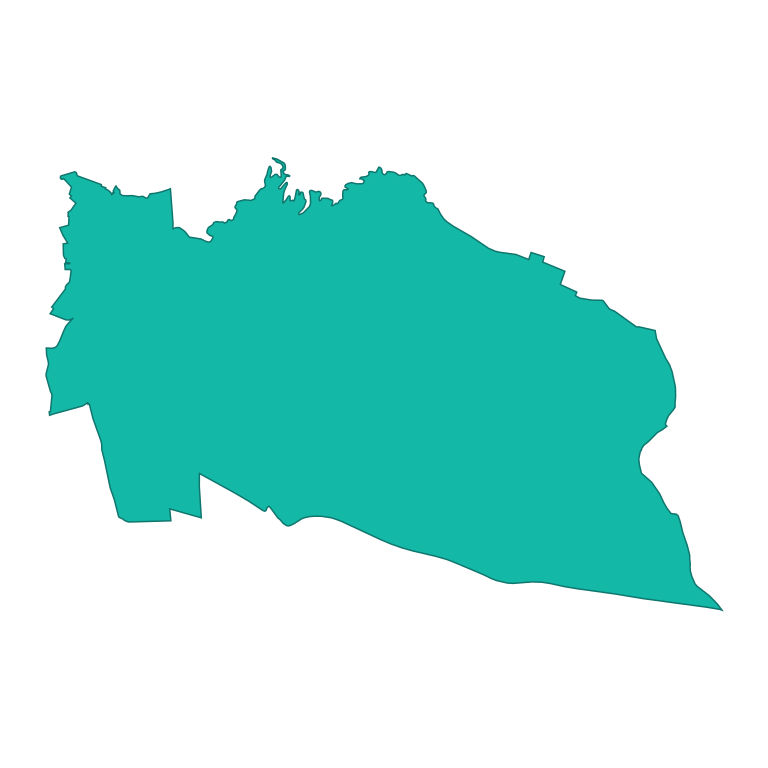 Al Khalifa, Al Qahirah, Egypt (orthographic projection)
{"feature_id": "37247803B15392203431980", "entity_name": "Al Khalifa", "entity_type": "district", "adm_level": 2, "iso_a3": "EGY", "parent_name": "Egypt", "parent_adm1": "Al Qahirah", "projection": "orthographic", "projection_center": [31.287, 30.01], "detail": "fine", "context": "isolated", "style": "filled", "palette": "teal", "viewbox_px": 768, "rotation_deg": 0, "n_neighbors": 0, "source": "geoboundaries", "source_scale": "gbopen_adm2", "svg_char_len": 6054}
<svg xmlns="http://www.w3.org/2000/svg" viewBox="0 0 768 768"><path d="M74.9,171.8L61.1,175.9L60.6,176.3L60.3,177.5L60.7,178.6L61.6,179.3L62.7,179.2L63.6,178.5L71.5,187.1L69.3,194.0L71.4,196.2L69.9,197.9L75.9,203.2L71.0,210.2L68.0,212.3L68.3,213.3L68.0,216.3L69.0,216.7L68.6,225.2L59.7,227.7L62.9,235.2L67.7,243.1L63.2,243.9L63.4,253.9L63.6,255.7L64.9,258.5L66.3,259.1L65.5,262.8L69.6,262.8L69.6,263.7L64.7,263.9L65.2,269.5L70.3,269.5L71.1,270.4L70.2,278.0L69.5,281.7L69.0,282.6L67.1,284.3L65.7,286.2L65.4,287.2L65.4,289.0L51.7,307.1L53.3,308.4L53.4,309.0L50.1,313.7L66.0,319.9L69.3,320.0L73.3,318.2L68.4,323.2L65.8,326.5L63.7,331.0L59.5,341.3L57.0,346.0L55.3,347.4L52.5,348.3L46.3,348.0L46.6,354.8L48.3,362.0L48.5,364.3L46.1,373.8L46.1,376.0L50.5,391.6L51.6,393.5L52.0,395.4L50.4,411.5L49.2,411.9L49.6,415.3L52.9,414.1L82.8,405.9L87.6,402.7L88.0,404.4L89.4,404.2L93.0,418.7L101.1,441.3L101.7,444.4L101.8,449.7L104.5,460.5L110.2,487.9L114.3,499.5L118.5,516.2L119.2,517.4L122.3,518.7L124.5,520.4L127.5,521.7L129.1,522.0L170.9,520.8L169.7,508.9L201.3,517.8L199.3,486.2L199.4,473.5L234.3,492.7L249.1,501.4L262.7,510.4L264.6,511.2L265.6,510.9L266.1,510.3L266.9,508.0L268.1,506.5L268.8,506.4L270.1,507.3L277.9,517.9L280.1,519.7L283.3,523.5L286.2,525.4L288.0,525.9L290.0,525.6L293.8,523.8L302.0,518.6L305.2,517.5L309.7,516.6L314.3,516.2L321.7,516.3L331.4,517.8L336.1,519.3L341.3,521.3L381.9,540.2L391.3,544.1L402.0,547.9L413.1,551.0L435.3,556.2L447.0,559.5L457.5,563.7L483.7,574.8L491.7,578.7L496.4,580.5L507.1,583.0L512.8,583.4L532.3,581.9L541.9,582.2L550.8,583.6L564.3,586.6L576.9,588.7L615.3,594.0L643.7,598.7L707.3,607.3L719.8,609.4L721.9,610.1L717.6,604.3L709.5,595.9L697.0,586.2L695.0,583.8L691.8,576.4L690.4,571.3L690.0,566.5L690.3,564.3L689.7,559.1L689.7,555.3L687.2,545.3L682.8,532.6L680.1,521.4L678.1,515.7L676.1,514.1L671.1,513.6L666.8,508.0L663.8,502.7L659.8,494.1L651.8,482.4L641.5,473.3L640.0,467.4L639.3,464.1L638.8,459.0L640.1,452.3L641.6,449.4L641.8,448.2L643.9,445.2L648.5,441.5L657.3,432.6L663.0,429.2L666.9,426.2L665.7,425.0L665.3,424.1L667.0,418.9L668.6,415.6L673.5,409.6L675.1,407.1L675.0,403.4L675.6,397.0L675.5,388.8L675.2,385.9L672.1,371.7L669.5,364.7L665.7,358.4L656.6,338.8L655.1,330.5L639.6,327.0L638.4,326.8L637.1,327.1L635.7,326.4L614.4,311.1L610.7,309.6L608.9,308.4L603.4,301.0L602.1,300.3L591.6,300.1L579.6,298.1L575.3,295.6L576.8,292.1L560.3,284.5L564.9,271.3L542.7,262.1L544.2,256.7L531.1,252.5L528.7,259.5L516.0,254.5L499.9,252.3L495.1,251.2L488.5,248.3L471.3,236.6L452.9,226.0L446.9,221.8L443.9,219.0L440.4,214.0L437.9,208.9L435.4,207.6L433.9,205.6L433.7,204.3L432.9,203.2L430.2,202.7L428.6,202.9L426.8,202.4L425.4,200.3L425.9,199.1L425.4,197.8L424.1,196.2L424.0,195.4L424.5,194.2L425.7,193.4L426.3,192.4L426.1,190.5L424.1,185.9L422.6,183.3L414.2,175.8L413.4,175.5L411.6,175.9L406.6,173.6L405.5,173.8L404.7,175.0L402.8,174.4L400.2,175.4L398.9,175.3L396.1,173.3L393.6,172.2L388.6,171.5L387.0,172.0L386.6,173.2L385.4,174.3L384.3,174.7L383.8,174.6L382.7,173.7L382.1,172.6L382.0,170.6L381.1,168.3L379.3,167.2L378.8,167.2L376.1,172.2L374.9,172.5L371.7,171.6L369.6,171.6L368.7,172.3L369.1,174.3L368.2,175.5L365.6,176.7L361.6,177.1L360.4,177.6L359.9,178.8L361.6,178.9L364.1,180.6L364.3,181.2L363.2,183.4L361.2,183.8L356.6,183.8L351.3,182.6L347.5,183.7L345.5,185.0L345.0,186.0L345.1,187.0L348.0,188.9L348.0,189.4L347.3,189.8L344.2,189.7L343.4,190.3L343.0,191.2L342.7,194.2L342.9,198.8L342.3,199.4L339.7,200.5L337.7,203.7L336.0,203.3L333.6,205.2L332.1,205.7L331.6,205.1L332.6,203.2L332.7,201.3L332.5,200.3L329.7,199.4L328.2,198.4L323.0,198.2L321.6,198.5L321.1,200.1L319.8,200.8L319.5,200.6L319.2,199.4L319.2,197.7L320.8,194.7L320.9,193.3L320.5,192.2L318.8,191.3L316.6,192.0L315.3,191.9L311.8,190.4L310.5,190.5L309.9,190.8L309.5,192.0L310.4,196.4L310.5,203.7L309.5,206.5L303.4,212.8L299.5,214.6L298.8,214.4L298.8,212.8L302.5,209.3L304.0,207.2L306.0,201.7L305.7,199.9L304.4,199.1L303.0,192.8L302.0,192.1L300.9,192.2L300.1,194.2L299.6,194.7L298.8,194.8L298.5,194.3L299.2,193.2L299.0,191.3L298.2,189.9L297.2,189.5L296.5,190.2L294.9,198.3L293.9,200.9L292.7,200.3L290.7,200.9L290.1,200.7L290.1,196.9L289.5,195.9L288.5,196.1L286.1,199.9L283.1,203.1L282.8,202.9L283.7,193.3L284.5,190.4L287.3,184.3L287.2,182.7L286.3,182.5L285.5,183.2L281.0,188.5L279.8,188.9L278.7,188.3L278.9,186.8L280.3,185.6L284.7,180.0L286.0,176.8L286.5,176.2L289.5,176.4L289.6,175.7L288.3,175.0L285.8,174.6L284.2,173.9L283.2,171.8L283.0,171.2L284.9,170.2L285.4,168.5L285.2,165.3L284.9,164.3L284.1,163.1L277.1,159.1L272.6,157.9L272.5,158.5L273.4,159.3L274.7,159.7L276.4,162.0L280.5,163.4L281.9,164.6L282.8,166.1L283.0,167.5L282.5,168.7L280.8,169.8L281.2,175.1L281.2,176.3L280.7,177.3L279.0,176.9L277.1,174.5L276.3,174.3L274.9,174.5L271.7,177.1L270.7,177.5L270.4,177.3L270.0,175.9L271.6,171.4L271.0,167.5L269.9,166.3L269.4,166.5L268.2,169.4L268.0,170.8L267.4,172.1L267.3,173.6L264.7,179.8L264.6,181.3L265.5,185.9L263.8,188.0L261.9,188.8L261.3,188.6L259.3,190.5L255.2,195.9L254.8,197.1L254.9,198.7L251.1,200.4L244.4,199.8L237.3,201.7L236.6,203.0L236.6,204.0L235.0,206.7L235.1,207.8L236.5,209.4L236.9,210.1L237.0,210.8L235.8,214.0L233.9,217.2L233.5,219.2L232.9,219.8L231.2,220.6L229.1,219.5L228.3,219.8L227.7,220.3L227.2,221.8L224.6,223.1L223.4,222.2L222.1,221.9L220.6,222.2L216.8,221.6L214.7,222.1L213.9,222.5L212.5,224.9L208.8,227.2L208.2,227.9L207.2,230.1L206.8,232.0L207.1,232.9L209.7,235.3L212.6,236.4L212.9,236.9L212.8,238.1L210.8,241.3L208.9,242.2L206.2,241.5L201.1,239.0L189.3,237.1L185.4,232.1L183.5,230.4L179.4,227.6L176.2,227.6L172.9,228.7L173.0,223.0L170.4,188.7L168.4,189.6L161.3,191.9L155.2,193.3L150.1,193.8L147.7,197.8L146.1,198.2L143.0,196.4L141.8,196.3L139.4,196.9L132.2,195.6L127.0,195.8L122.8,195.6L121.7,195.2L120.0,193.7L119.8,190.3L117.5,188.4L116.0,186.0L115.4,186.7L113.2,191.0L114.1,192.7L113.0,193.4L112.7,192.9L112.3,193.2L112.6,193.9L111.7,194.6L111.2,193.4L109.9,191.7L108.3,190.4L105.3,188.9L105.8,187.8L101.3,186.3L101.4,184.6L77.5,175.9L77.0,175.0L76.5,173.2L76.1,172.5L74.9,171.8Z" fill="#14b8a6" stroke="#0f766e" stroke-width="1.5"/></svg>